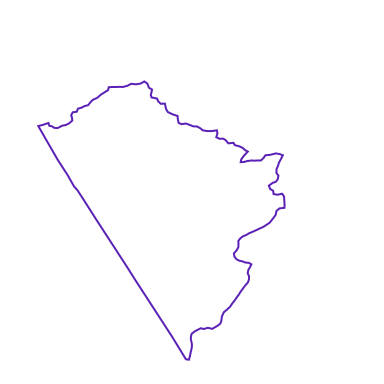 Lajinha, Minas Gerais, Brazil, rotated 57°
{"feature_id": "56859067B94154518020811", "entity_name": "Lajinha", "entity_type": "district", "adm_level": 2, "iso_a3": "BRA", "parent_name": "Brazil", "parent_adm1": "Minas Gerais", "projection": "equal_earth", "projection_center": [-41.582, -20.12], "detail": "fine", "context": "isolated", "style": "outline", "palette": "violet", "viewbox_px": 384, "rotation_deg": 57, "n_neighbors": 0, "source": "geoboundaries", "source_scale": "gbopen_adm2", "svg_char_len": 2420}
<svg xmlns="http://www.w3.org/2000/svg" viewBox="0 0 384 384"><g transform="rotate(57 192 192)"><path d="M73.3,171.8L73.1,176.0L71.2,180.3L68.1,184.2L67.7,188.4L66.3,192.7L64.3,195.6L62.3,198.9L60.4,201.8L58.8,204.8L60.8,206.8L60.8,210.2L60.7,215.1L61.4,220.3L60.7,224.9L61.3,228.0L62.6,231.9L61.4,235.3L61.1,238.8L60.0,242.2L61.9,244.9L60.2,248.7L61.9,251.6L64.2,252.1L66.9,253.5L67.5,258.0L67.1,261.3L65.7,264.8L65.2,269.9L63.2,272.6L60.8,273.5L58.8,275.6L55.9,274.8L54.8,279.4L53.0,285.0L91.9,287.1L109.8,287.1L123.0,287.9L128.0,287.1L137.4,287.1L139.8,287.1L161.4,287.3L175.5,287.3L180.1,287.3L196.1,287.3L221.1,287.3L232.8,287.5L258.4,287.5L272.6,287.5L277.4,287.5L281.8,287.5L299.5,287.5L302.6,287.5L329.0,288.2L331.0,285.9L327.9,282.5L325.2,279.9L323.4,277.9L320.7,275.6L317.8,274.2L314.9,273.2L312.6,271.6L310.7,269.5L310.4,265.6L310.7,262.0L311.1,258.7L313.3,256.8L314.5,252.7L317.8,249.5L318.1,243.7L317.8,239.9L316.0,237.5L312.8,234.9L310.2,230.8L309.6,226.3L309.0,222.6L307.7,219.7L306.3,215.6L304.5,211.2L303.4,208.2L302.1,205.6L300.7,201.8L299.4,198.3L298.4,194.6L296.5,192.0L293.9,190.1L290.4,189.5L287.9,187.0L286.6,184.2L285.0,181.6L282.4,182.9L280.0,185.9L277.8,187.3L275.5,189.7L272.7,191.3L269.2,191.6L266.3,190.3L265.2,186.3L263.6,183.3L260.9,181.3L258.3,179.8L257.2,176.8L256.9,173.7L257.6,169.8L257.7,166.6L258.4,162.7L259.0,158.9L259.5,154.9L260.1,151.6L260.1,147.9L260.1,143.7L258.3,138.4L256.7,134.2L253.9,131.5L253.4,127.6L255.6,123.1L253.1,121.3L249.7,119.4L246.0,117.3L242.6,117.3L240.9,121.7L238.2,124.7L235.2,123.3L232.0,124.8L228.5,124.1L228.3,119.2L229.1,116.3L228.1,113.3L225.4,110.6L222.0,110.8L218.7,108.5L216.9,105.6L214.9,103.3L213.0,99.9L210.7,95.8L208.0,97.8L205.3,100.6L204.4,103.4L203.1,106.9L201.2,110.4L202.5,113.7L203.1,117.0L201.4,119.6L199.9,122.3L198.0,124.9L196.2,128.7L195.0,132.3L193.5,134.9L191.5,133.0L189.9,128.9L188.5,123.2L185.8,124.7L182.8,125.4L179.5,127.4L176.0,130.6L173.4,130.4L171.0,135.0L166.7,135.6L164.2,136.8L162.4,139.9L159.3,141.8L156.6,138.7L153.8,137.5L151.9,141.8L149.2,146.1L146.1,149.4L143.1,150.3L139.8,152.1L137.5,155.3L134.3,157.5L131.2,159.9L129.5,163.7L126.8,165.6L123.6,164.4L120.3,162.7L117.2,165.3L114.6,167.0L111.8,168.7L108.7,168.6L105.7,167.6L103.1,166.6L101.0,170.2L97.3,171.0L94.7,170.4L92.8,172.2L90.7,174.4L88.2,173.7L86.3,171.7L84.3,169.7L81.1,171.3L76.8,170.4L73.3,171.8Z" fill="none" stroke="#5b21b6" stroke-width="2"/></g></svg>